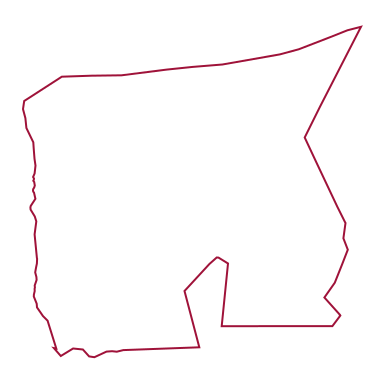 the district of Koubenni, Hodh el Gharbi, Mauritania
{"feature_id": "47542326B43555481021158", "entity_name": "Koubenni", "entity_type": "district", "adm_level": 2, "iso_a3": "MRT", "parent_name": "Mauritania", "parent_adm1": "Hodh el Gharbi", "projection": "albers", "projection_center": [-9.623, 15.9], "detail": "fine", "context": "isolated", "style": "outline", "palette": "rose", "viewbox_px": 384, "rotation_deg": 0, "n_neighbors": 0, "source": "geoboundaries", "source_scale": "gbopen_adm2", "svg_char_len": 1185}
<svg xmlns="http://www.w3.org/2000/svg" viewBox="0 0 384 384"><path d="M361.0,26.8L347.4,30.3L330.3,37.1L298.7,49.3L279.8,54.4L222.4,64.5L192.8,66.9L166.6,69.6L121.6,75.3L91.4,75.7L61.8,76.7L24.5,100.8L24.2,101.0L23.0,109.1L25.4,118.2L25.4,118.3L26.4,128.0L33.3,142.3L33.7,148.4L34.5,158.7L35.5,165.6L34.6,173.5L33.1,177.0L34.0,178.6L33.8,179.8L33.3,180.8L34.2,182.0L34.8,185.5L34.2,187.5L33.2,189.1L33.0,190.3L33.2,191.6L34.0,192.6L35.4,198.8L30.7,206.0L30.4,207.6L30.6,209.6L34.8,216.5L36.3,221.4L34.6,234.4L36.9,258.0L37.1,258.8L36.9,263.5L36.1,267.3L35.5,270.6L35.2,272.4L36.4,277.0L36.6,279.9L36.0,281.7L34.7,285.5L34.9,287.5L34.6,288.8L34.7,291.1L33.9,294.5L33.8,296.5L36.7,303.7L37.0,307.4L43.0,316.1L47.6,320.7L47.8,321.4L56.3,348.6L53.9,348.1L60.8,356.0L73.1,348.5L82.9,349.5L89.1,356.4L94.4,357.2L106.5,351.6L112.1,351.2L116.8,351.7L123.3,350.1L199.3,347.3L184.5,291.0L209.4,264.0L216.7,257.5L218.5,257.6L228.0,263.5L221.7,326.2L332.4,326.1L340.3,315.6L339.8,315.0L339.9,314.8L324.4,297.5L334.8,282.7L342.1,264.4L347.8,249.7L343.4,238.3L345.5,223.0L345.0,222.1L337.3,206.7L315.9,161.4L304.7,137.5L319.9,106.9L361.0,26.8Z" fill="none" stroke="#9f1239" stroke-width="2"/></svg>